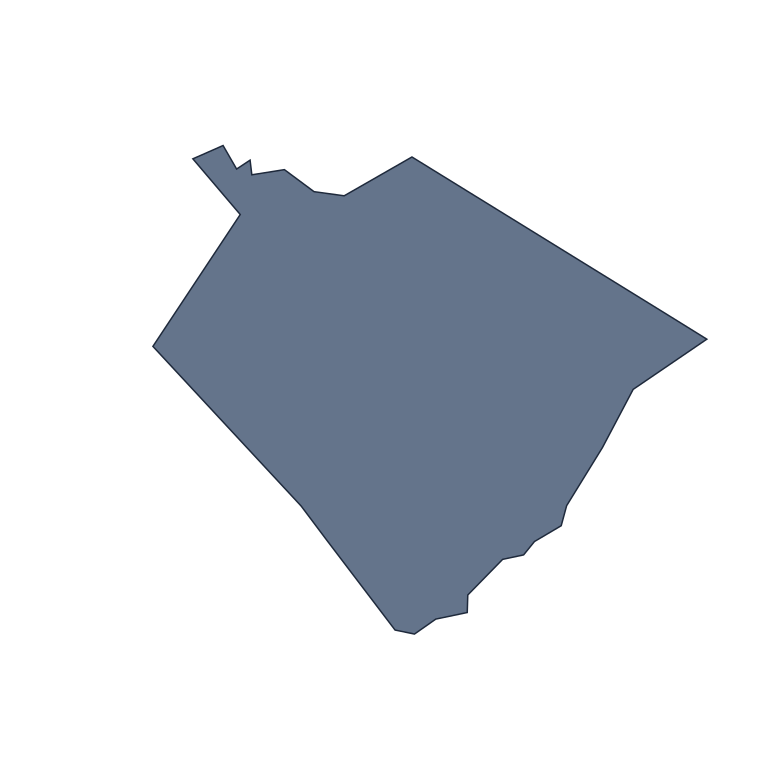 Shelby, Kentucky, United States of America, rotated 26°
{"feature_id": "52423323B12558460234328", "entity_name": "Shelby", "entity_type": "district", "adm_level": 2, "iso_a3": "USA", "parent_name": "United States of America", "parent_adm1": "Kentucky", "projection": "albers", "projection_center": [-85.196, 38.198], "detail": "fine", "context": "isolated", "style": "filled", "palette": "slate", "viewbox_px": 768, "rotation_deg": 26, "n_neighbors": 0, "source": "geoboundaries", "source_scale": "gbopen_adm2", "svg_char_len": 518}
<svg xmlns="http://www.w3.org/2000/svg" viewBox="0 0 768 768"><g transform="rotate(26 384 384)"><path d="M501.8,600.3L521.0,595.4L533.6,572.6L559.0,552.9L551.8,536.9L567.5,489.6L584.4,476.4L588.3,459.6L605.4,433.7L601.5,413.3L608.2,345.4L610.3,279.6L654.5,202.2L611.4,197.8L309.6,167.7L265.7,232.3L236.8,241.8L200.5,235.0L173.5,253.9L165.5,241.5L157.3,255.4L134.8,240.2L113.5,265.4L173.6,291.7L180.5,294.7L159.8,451.5L363.0,530.0L401.5,549.7L501.8,600.3Z" fill="#64748b" stroke="#1e293b" stroke-width="1.5"/></g></svg>